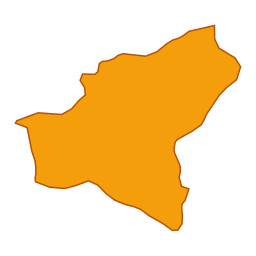 map outline of Bitlis (Mercator projection)
{"feature_id": "TUR-2311", "entity_name": "Bitlis", "entity_type": "Province", "adm_level": 1, "iso_a3": "TUR", "parent_name": "Turkey", "parent_adm1": "", "projection": "mercator", "projection_center": [42.405, 38.524], "detail": "fine", "context": "isolated", "style": "filled", "palette": "amber", "viewbox_px": 256, "rotation_deg": 0, "n_neighbors": 0, "source": "natural_earth", "source_scale": "10m", "svg_char_len": 978}
<svg xmlns="http://www.w3.org/2000/svg" viewBox="0 0 256 256"><path d="M145.6,56.2L156.9,51.8L166.9,43.6L172.9,40.0L179.4,37.9L184.3,34.9L189.0,31.3L214.5,25.5L214.7,39.1L218.9,48.1L235.0,57.9L240.6,66.8L236.6,79.7L226.7,87.5L219.0,95.5L206.4,114.5L204.0,120.0L201.1,124.9L192.3,131.1L177.5,139.4L175.2,142.0L173.9,149.5L174.7,153.3L179.5,164.4L180.2,166.7L180.4,171.3L179.1,177.5L181.5,186.3L188.9,188.9L185.0,200.6L183.3,202.5L181.8,204.8L181.8,210.3L182.5,215.7L182.0,223.8L177.8,230.1L172.5,230.5L163.1,223.7L149.2,215.8L140.6,209.4L134.4,206.8L124.8,204.3L114.8,200.2L105.9,193.4L97.8,185.1L88.5,180.8L76.6,185.3L64.7,188.5L49.7,187.2L35.5,181.8L35.1,177.9L35.8,173.9L35.8,167.5L35.1,161.1L31.9,151.4L27.1,127.6L15.4,123.1L16.8,120.7L38.1,112.8L61.7,114.5L71.4,109.0L79.6,99.9L85.4,94.9L84.5,87.4L80.1,80.4L82.6,74.0L94.8,74.3L97.8,71.8L99.4,63.5L102.2,61.5L108.1,60.8L113.8,58.6L118.1,55.4L123.0,53.7L145.6,56.2Z" fill="#f59e0b" stroke="#b45309" stroke-width="1.5"/></svg>